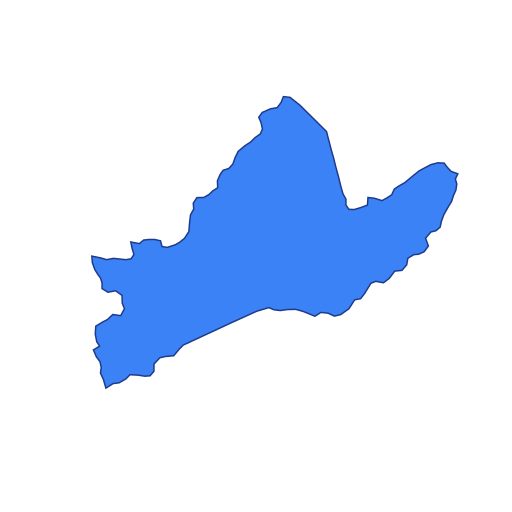 the district of Jerônimo Monteiro, Espírito Santo, Brazil, rotated 224°
{"feature_id": "56859067B21452622796609", "entity_name": "Jerônimo Monteiro", "entity_type": "district", "adm_level": 2, "iso_a3": "BRA", "parent_name": "Brazil", "parent_adm1": "Espírito Santo", "projection": "mercator", "projection_center": [-41.39, -20.797], "detail": "fine", "context": "isolated", "style": "filled", "palette": "blue", "viewbox_px": 512, "rotation_deg": 224, "n_neighbors": 0, "source": "geoboundaries", "source_scale": "gbopen_adm2", "svg_char_len": 2133}
<svg xmlns="http://www.w3.org/2000/svg" viewBox="0 0 512 512"><g transform="rotate(224 256 256)"><path d="M151.9,425.1L153.2,431.1L155.9,436.5L158.0,442.3L161.6,447.3L166.1,449.9L167.9,455.3L174.5,452.4L180.2,452.7L185.2,453.5L189.9,449.4L193.6,443.4L196.0,436.2L197.8,430.5L198.7,423.5L199.9,412.3L201.9,405.4L203.0,400.2L200.9,394.4L202.2,388.6L203.8,383.4L210.9,379.8L216.1,375.9L211.2,370.0L214.4,363.4L217.6,357.7L221.6,354.1L226.8,355.2L230.8,359.4L236.5,361.1L243.3,365.0L251.2,370.0L260.8,375.7L267.9,380.2L274.7,384.1L287.0,391.6L291.7,394.5L328.9,395.0L341.7,393.8L347.0,389.7L344.6,383.8L343.8,377.5L347.9,371.8L351.2,363.6L350.4,357.7L344.9,355.4L339.6,351.8L337.7,346.8L338.9,340.5L339.1,333.9L340.6,327.7L341.5,318.8L339.4,312.4L336.5,306.0L336.4,300.0L339.2,294.9L338.4,289.7L336.0,283.3L331.0,278.5L332.3,272.9L332.5,267.8L334.1,262.0L339.1,256.9L337.8,250.4L333.4,246.5L331.7,240.1L326.5,233.3L321.3,227.0L319.7,219.1L320.5,212.7L322.0,207.7L325.8,200.6L330.2,197.5L335.2,200.6L340.4,197.5L344.4,193.6L347.9,189.4L348.5,183.9L355.8,179.1L350.4,175.4L344.9,172.3L343.9,167.3L347.0,163.0L351.6,159.4L356.9,155.3L360.9,149.6L366.3,146.8L374.0,141.9L369.2,137.6L362.6,134.3L357.2,132.9L352.4,132.1L347.9,129.6L344.1,125.6L337.3,127.1L332.9,133.4L325.0,134.6L319.5,129.2L314.0,126.7L311.9,119.1L318.4,114.4L318.7,107.1L320.5,101.8L322.5,94.2L317.3,88.1L311.0,83.7L305.9,82.5L307.7,75.5L300.8,72.6L294.8,71.6L289.9,68.3L286.5,63.7L280.2,61.3L272.2,56.7L270.2,64.9L266.4,69.7L264.2,77.2L264.2,83.0L258.2,88.3L252.5,92.3L249.0,96.2L249.3,102.1L254.3,107.4L254.5,116.0L251.5,120.6L245.9,127.1L246.5,135.3L246.5,141.3L227.6,190.3L217.1,216.8L210.9,227.8L205.9,229.7L200.7,233.6L196.2,239.3L190.4,245.2L183.3,249.0L177.6,251.3L171.8,253.6L170.1,260.5L164.5,264.9L157.9,267.2L154.4,272.6L152.5,282.7L154.6,293.0L151.1,298.0L151.9,304.8L154.4,316.2L152.2,321.0L145.7,325.3L144.6,332.5L145.7,341.5L141.0,347.1L141.5,354.4L145.2,359.9L143.4,366.6L140.2,370.3L138.0,375.9L138.9,382.9L146.4,386.6L146.9,394.7L144.1,399.2L143.6,404.7L146.7,409.7L149.6,416.2L151.9,425.1Z" fill="#3b82f6" stroke="#1e3a8a" stroke-width="1.5"/></g></svg>